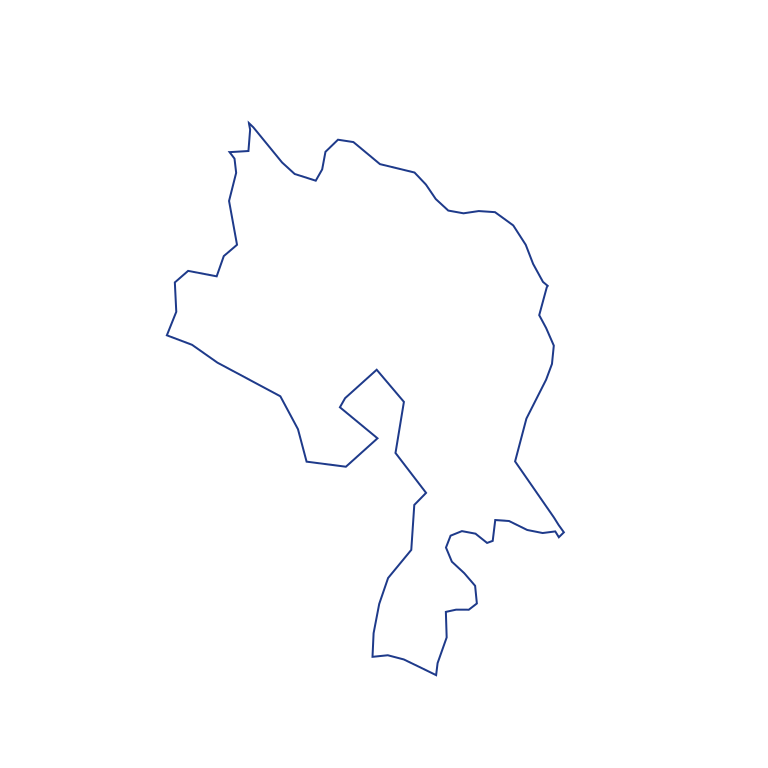 Stîngă Nistrului, Albers equal-area conic projection, rotated 340°
{"feature_id": "MDA-1628", "entity_name": "Stîngă Nistrului", "entity_type": "District", "adm_level": 1, "iso_a3": "MDA", "parent_name": "Moldova", "parent_adm1": "", "projection": "albers", "projection_center": [29.192, 47.279], "detail": "fine", "context": "isolated", "style": "outline", "palette": "blue", "viewbox_px": 768, "rotation_deg": 340, "n_neighbors": 0, "source": "natural_earth", "source_scale": "10m", "svg_char_len": 1385}
<svg xmlns="http://www.w3.org/2000/svg" viewBox="0 0 768 768"><g transform="rotate(340 384 384)"><path d="M346.3,92.6L349.0,98.1L364.0,141.0L371.9,156.1L389.4,169.6L399.3,161.2L408.4,145.8L424.3,138.7L438.0,146.2L455.4,176.0L485.0,195.7L491.6,210.9L495.9,227.9L503.7,243.0L517.1,250.8L532.2,253.9L547.1,260.5L559.7,279.2L564.8,301.7L565.2,322.2L568.3,342.4L571.4,347.8L570.1,348.7L553.4,372.4L555.5,386.9L556.7,406.0L548.7,422.6L537.8,435.4L506.0,465.2L480.7,501.6L498.0,567.5L499.9,576.3L502.3,584.9L496.3,587.6L495.9,587.8L494.6,581.5L494.5,581.1L482.1,578.3L468.9,570.3L468.5,570.0L454.9,555.8L454.6,555.5L442.0,549.9L432.5,568.6L426.8,568.6L426.5,568.6L419.0,556.3L418.9,556.0L406.9,548.9L394.7,549.3L386.3,558.9L387.0,574.2L394.7,589.2L400.6,604.8L396.2,622.0L386.5,625.1L374.5,620.7L364.2,619.3L356.2,643.6L338.9,664.6L333.4,675.4L328.2,670.0L308.6,649.8L308.4,649.6L294.8,640.2L280.5,636.6L279.9,636.4L289.0,614.6L304.3,589.0L321.5,567.7L352.9,549.2L371.1,508.0L386.3,500.7L371.2,452.7L371.3,452.6L396.6,407.6L382.0,368.1L342.6,384.0L334.6,390.8L359.3,432.8L319.9,448.7L284.7,430.5L287.7,397.1L282.4,360.1L234.8,307.0L217.0,281.5L196.6,264.0L213.5,245.1L222.2,217.0L238.6,210.7L263.6,225.6L277.2,209.0L293.5,202.9L301.0,159.0L317.3,135.0L320.6,121.1L318.2,113.3L318.5,113.4L336.3,118.7L345.2,99.2L346.2,93.0L346.3,92.6Z" fill="none" stroke="#1e3a8a" stroke-width="2"/></g></svg>